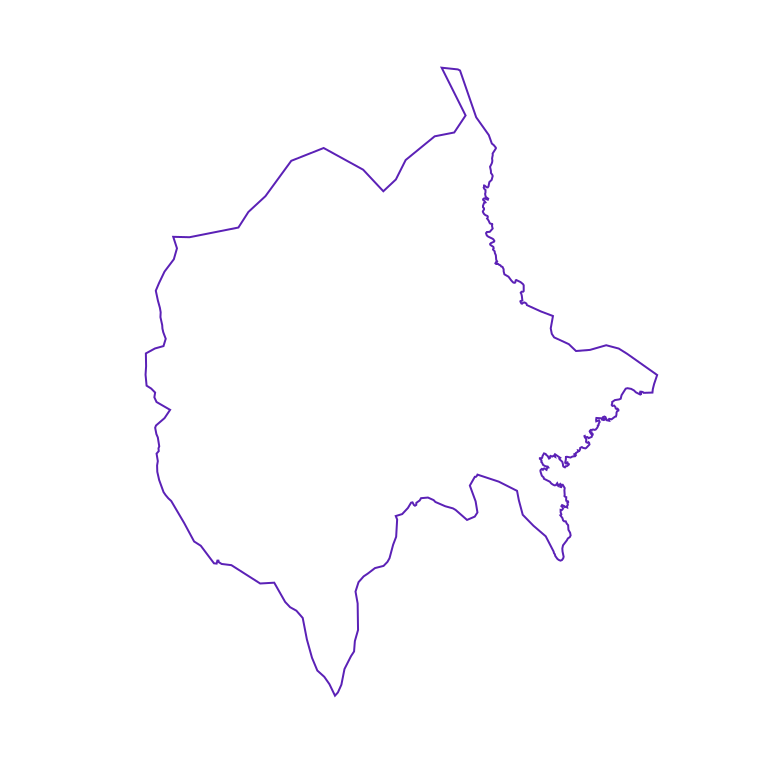 the district of Geidam, Yobe, Nigeria, rotated 152°
{"feature_id": "59680162B70118559758614", "entity_name": "Geidam", "entity_type": "district", "adm_level": 2, "iso_a3": "NGA", "parent_name": "Nigeria", "parent_adm1": "Yobe", "projection": "equal_earth", "projection_center": [11.91, 12.702], "detail": "fine", "context": "isolated", "style": "outline", "palette": "violet", "viewbox_px": 768, "rotation_deg": 152, "n_neighbors": 0, "source": "geoboundaries", "source_scale": "gbopen_adm2", "svg_char_len": 6166}
<svg xmlns="http://www.w3.org/2000/svg" viewBox="0 0 768 768"><g transform="rotate(152 384 384)"><path d="M626.8,380.6L625.7,355.0L625.6,334.1L621.7,327.2L618.3,305.5L616.1,304.0L614.0,306.3L613.1,305.8L613.5,304.2L611.8,301.3L603.8,295.7L587.0,266.0L574.2,260.1L573.6,238.0L571.7,231.0L567.8,225.0L565.6,215.6L572.0,194.7L576.1,176.1L577.4,162.3L574.2,153.5L573.1,144.6L573.6,131.8L569.5,133.3L562.8,138.5L552.7,150.9L540.9,159.2L536.0,161.9L530.4,170.7L522.4,179.0L510.3,202.6L506.6,214.1L499.5,221.0L492.3,223.7L487.4,224.2L478.4,225.7L469.8,223.6L464.5,225.3L460.9,227.6L451.4,237.8L445.0,243.4L436.0,258.2L435.6,261.9L429.0,260.6L421.1,263.3L415.8,266.5L414.4,266.1L414.4,263.2L413.8,262.0L412.3,262.1L411.2,263.9L407.2,264.4L404.9,265.8L398.5,263.1L394.7,258.2L394.0,255.7L387.3,247.3L381.5,241.8L379.9,239.2L374.5,225.0L366.1,224.3L361.8,226.7L358.2,237.4L355.9,254.0L347.4,259.4L346.5,258.9L344.9,259.4L344.0,260.1L328.5,243.9L316.7,227.2L319.5,218.1L322.9,203.4L318.6,188.7L312.7,173.6L312.9,156.4L313.3,155.0L313.1,153.4L313.5,151.8L313.0,148.1L312.2,146.5L311.1,145.2L309.6,145.0L307.7,145.9L306.5,147.1L305.0,152.3L303.8,155.0L301.7,157.5L295.8,160.2L294.2,161.3L291.8,161.6L290.3,162.7L289.5,165.3L289.6,168.7L287.7,172.9L288.2,175.0L288.0,177.4L289.3,178.1L289.9,179.5L289.4,181.8L289.9,185.2L289.4,185.1L288.6,185.6L288.3,187.7L287.2,189.9L286.6,189.3L285.7,189.3L284.5,189.9L284.2,191.5L284.7,192.9L283.6,193.5L282.2,191.7L282.1,190.4L281.1,190.3L280.2,189.0L279.6,190.4L278.4,191.0L277.9,193.0L277.0,193.0L276.6,193.9L277.9,195.3L277.5,196.4L276.2,198.5L277.1,199.6L277.3,200.4L276.6,201.1L274.6,205.5L273.3,207.3L273.5,211.1L274.3,211.6L275.9,209.8L276.6,210.4L275.2,212.4L275.3,213.0L278.0,212.1L278.2,213.4L277.6,214.1L277.6,215.1L279.8,214.0L281.1,214.5L282.4,216.4L283.1,217.9L283.4,219.8L287.3,225.3L286.9,226.5L287.7,228.9L287.1,232.4L286.7,233.9L286.0,234.6L284.6,234.9L284.0,233.7L283.2,234.3L282.1,234.2L280.8,231.9L279.2,233.4L278.1,233.1L278.2,234.2L280.0,235.5L281.5,237.8L281.4,240.4L281.7,241.4L281.1,241.9L280.8,242.7L281.5,244.8L281.2,245.3L279.5,244.5L279.0,244.6L277.8,246.0L275.3,247.6L274.1,246.3L274.1,245.3L273.3,243.6L273.3,240.7L272.4,240.7L271.2,242.2L270.6,242.3L269.7,241.0L268.0,241.0L267.1,239.5L266.7,241.3L266.0,241.7L263.1,236.1L264.2,235.9L264.3,235.1L263.1,231.6L263.7,229.1L264.3,227.7L264.3,226.8L263.4,225.5L262.3,226.1L261.2,225.6L260.3,225.7L258.6,226.1L258.4,226.5L259.0,227.3L258.8,228.7L259.2,228.8L259.7,228.1L260.4,228.1L261.0,228.7L260.9,229.6L259.0,231.8L257.6,234.2L256.7,233.9L253.8,231.5L251.7,231.5L249.1,230.5L248.3,230.9L249.1,232.0L248.9,232.7L247.3,232.4L247.0,233.0L244.2,233.2L243.9,234.3L242.9,233.3L241.7,234.1L240.7,235.5L238.9,235.4L238.2,234.1L236.4,232.6L235.5,232.6L231.0,234.1L230.5,235.8L230.8,236.7L231.8,236.5L232.7,237.5L232.7,238.2L231.5,239.9L231.4,240.6L231.7,242.9L231.5,243.9L231.1,243.9L231.3,242.9L231.0,242.4L229.2,241.6L229.0,240.6L228.7,240.1L225.5,239.8L224.4,240.9L223.5,241.2L223.3,241.9L224.5,242.4L224.5,243.0L223.5,243.5L223.4,244.0L224.7,244.5L224.6,245.7L224.1,246.0L222.9,246.4L222.0,245.8L220.8,245.7L219.5,244.6L218.5,244.4L216.2,245.3L214.9,246.3L214.7,247.0L213.8,247.0L212.9,248.3L211.4,249.2L211.3,251.0L214.1,251.4L213.6,252.7L212.4,254.3L207.9,251.5L208.3,250.3L206.9,249.0L206.1,248.9L206.0,249.8L206.8,251.1L206.3,251.9L204.7,251.8L204.0,250.9L204.3,247.4L202.4,245.8L202.1,247.3L201.5,247.5L199.7,246.0L195.4,246.7L194.5,246.4L193.3,247.6L192.1,249.6L191.0,250.5L189.5,250.5L189.1,251.3L189.4,252.6L190.2,252.6L190.9,253.6L190.5,254.8L190.9,256.9L192.6,257.4L192.8,258.6L191.5,259.9L191.0,261.0L187.7,261.4L183.6,260.0L181.9,259.9L179.5,262.6L172.8,266.4L171.0,266.0L168.1,263.7L166.3,261.0L165.5,258.4L162.7,254.4L161.8,254.4L161.4,255.1L161.8,256.4L161.3,256.9L160.0,256.1L159.2,255.3L158.9,254.3L151.0,250.4L149.1,253.2L145.6,257.1L138.6,263.7L155.2,296.6L160.1,305.1L169.6,313.9L186.1,317.4L199.0,323.0L202.1,332.4L211.9,345.3L212.3,349.5L210.7,354.8L202.9,364.7L211.4,374.4L220.8,386.6L220.5,388.2L221.6,390.0L223.1,390.4L224.4,390.1L224.9,390.6L224.9,392.7L224.6,393.1L222.6,392.8L220.9,397.2L220.4,399.3L220.5,400.3L219.3,400.9L217.9,400.2L217.0,400.5L214.3,405.6L214.4,407.0L215.6,409.9L218.4,413.7L219.0,413.7L220.5,412.0L221.5,412.2L222.3,413.1L223.0,415.6L223.7,420.3L226.2,424.3L225.5,427.2L224.5,429.2L224.4,431.8L225.3,432.7L225.5,434.2L226.3,435.0L226.8,436.3L228.6,437.3L229.0,438.2L228.0,439.0L227.0,438.7L226.6,438.9L226.6,441.0L224.8,445.2L224.6,447.7L224.0,449.2L224.6,451.4L224.5,451.8L223.4,452.4L223.1,453.8L224.5,456.3L224.8,457.2L224.6,457.8L223.6,458.2L220.0,458.0L219.4,458.5L219.5,460.4L220.0,461.4L222.8,465.2L223.5,466.9L223.1,469.3L221.8,469.9L219.2,468.7L215.1,470.2L214.4,473.0L213.6,473.9L213.4,474.5L214.9,475.8L215.1,476.7L214.9,479.3L215.3,481.7L214.5,482.0L213.8,483.0L213.8,483.8L215.2,485.5L215.9,487.4L215.9,489.5L215.7,490.0L213.7,491.2L213.2,492.2L213.6,493.5L213.0,494.8L210.7,496.9L209.2,496.7L209.4,498.5L210.0,499.5L209.8,500.6L208.3,500.9L205.8,498.0L205.0,498.7L206.1,500.9L206.2,502.0L205.5,504.4L204.6,505.3L203.3,507.6L203.8,509.0L203.8,510.6L203.1,511.1L202.5,512.3L202.1,512.1L201.0,509.5L200.1,508.9L199.0,509.4L196.2,512.8L193.1,513.7L190.4,516.6L190.2,517.9L190.5,520.1L189.5,522.1L188.4,526.0L185.4,528.1L184.2,529.3L183.4,530.5L182.7,532.4L180.5,535.1L179.9,536.5L174.6,539.5L174.3,540.2L174.9,543.3L175.9,545.7L174.6,554.6L177.4,576.2L169.7,625.1L171.1,627.1L184.6,636.2L185.9,582.8L203.9,573.1L223.0,578.9L259.7,571.6L277.5,559.0L294.1,554.5L301.8,583.0L326.5,620.7L361.1,624.6L400.5,605.5L422.9,599.6L439.1,590.5L486.8,604.9L501.0,612.9L503.1,601.0L511.0,592.8L525.0,586.3L535.3,578.7L541.7,573.5L544.5,563.7L546.1,556.5L547.5,552.2L550.0,548.0L552.2,540.1L553.6,537.0L554.6,533.3L555.5,526.4L560.9,521.0L569.5,522.9L579.9,522.8L585.7,511.4L590.2,504.1L594.4,494.0L591.7,489.3L590.1,483.9L593.0,480.1L593.3,474.9L585.0,461.6L593.8,456.9L604.8,454.4L606.6,452.8L608.5,446.6L608.8,443.0L611.7,434.5L613.3,433.1L614.4,430.5L617.5,429.3L619.9,422.1L622.6,418.6L625.4,412.9L627.6,404.8L629.4,392.0L629.0,388.5L628.1,384.3L626.8,380.6Z" fill="none" stroke="#5b21b6" stroke-width="2"/></g></svg>